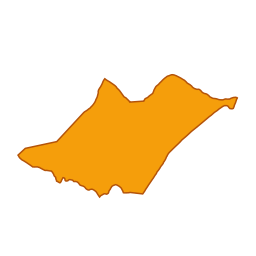 the district of Derriere Lagoon, Anse-la-Raye, Saint Lucia, rotated 122°
{"feature_id": "8701671B36493357542675", "entity_name": "Derriere Lagoon", "entity_type": "district", "adm_level": 2, "iso_a3": "LCA", "parent_name": "Saint Lucia", "parent_adm1": "Anse-la-Raye", "projection": "mercator", "projection_center": [-61.02, 13.942], "detail": "fine", "context": "isolated", "style": "filled", "palette": "amber", "viewbox_px": 256, "rotation_deg": 122, "n_neighbors": 0, "source": "geoboundaries", "source_scale": "gbopen_adm2", "svg_char_len": 4193}
<svg xmlns="http://www.w3.org/2000/svg" viewBox="0 0 256 256"><g transform="rotate(122 128 128)"><path d="M199.7,204.3L209.3,206.9L209.9,205.6L210.5,204.6L210.9,203.2L211.0,202.4L211.2,201.4L211.2,200.4L211.1,199.2L211.1,198.0L211.1,195.8L211.2,193.4L211.3,190.9L211.4,189.3L211.5,188.2L210.5,186.5L208.9,184.1L208.8,183.3L208.4,182.1L208.4,180.9L208.2,178.3L208.0,176.1L207.8,175.6L207.2,174.8L206.6,173.5L205.1,170.0L205.8,168.2L206.5,166.8L207.2,165.9L207.8,165.0L208.0,164.1L208.1,163.3L208.7,162.8L209.9,161.6L210.3,160.9L210.9,160.4L210.8,159.9L210.7,158.2L210.7,157.1L210.3,156.5L209.7,156.4L208.6,156.4L207.6,156.6L206.6,156.7L205.4,156.7L204.6,156.8L204.3,156.3L204.2,155.3L204.7,154.4L205.2,154.1L205.8,153.5L205.9,152.8L205.4,151.8L204.5,151.0L203.9,151.0L203.4,150.7L202.7,150.2L202.5,149.8L202.0,148.5L201.6,147.2L201.9,146.4L202.1,145.6L201.9,145.2L201.2,144.2L200.7,142.9L200.7,141.8L200.9,140.8L201.3,139.8L201.8,138.6L201.7,137.7L201.5,136.8L201.1,135.4L201.0,133.8L201.3,132.6L201.7,131.8L201.8,130.6L201.8,129.6L201.5,128.6L201.2,128.1L200.3,127.7L199.9,127.2L199.0,126.2L198.7,124.9L198.7,123.6L198.9,121.5L199.7,119.6L200.2,118.7L201.1,116.7L201.6,115.5L201.0,115.4L199.9,115.3L199.2,114.9L198.1,114.3L196.9,113.7L196.2,113.1L195.9,112.5L195.5,111.2L195.3,110.9L193.8,110.2L192.9,110.3L191.6,110.7L190.7,110.7L189.0,110.6L188.3,110.8L187.0,110.7L186.2,110.8L184.8,110.2L183.5,109.2L182.7,108.6L182.4,107.9L182.2,106.7L182.1,104.7L182.4,102.4L182.9,101.3L184.5,98.6L185.3,97.7L185.2,97.1L184.5,96.0L183.3,94.2L182.3,92.8L181.6,92.2L176.1,80.6L172.8,80.4L170.8,80.5L167.8,80.4L166.0,80.4L165.3,80.4L163.5,80.3L160.9,80.2L158.3,80.1L157.3,80.0L154.2,80.0L153.6,80.0L151.7,79.8L151.4,79.9L151.1,79.9L150.3,80.1L149.3,80.0L147.4,79.8L145.5,79.7L143.2,79.8L141.8,79.6L140.4,79.5L139.5,79.4L138.7,79.6L137.9,79.7L137.3,79.6L135.5,79.6L134.1,79.7L133.5,79.8L131.9,80.1L130.9,80.0L130.0,80.2L129.4,80.2L128.8,80.2L127.3,80.1L125.9,79.8L123.9,79.3L121.7,78.8L118.5,78.0L115.1,77.1L113.0,76.6L112.2,76.4L112.1,76.5L111.1,76.2L109.5,76.0L109.2,75.8L108.4,75.6L103.6,74.1L97.3,72.4L89.2,69.6L77.2,65.7L75.3,65.1L73.1,64.2L69.0,63.0L65.9,61.6L63.7,60.9L60.5,59.5L59.2,58.9L57.9,58.0L56.7,56.1L56.5,55.3L56.5,55.2L56.7,54.3L57.2,53.1L57.5,51.8L56.6,49.9L55.6,49.1L53.7,49.4L52.0,49.9L49.7,50.2L46.1,51.1L45.6,51.1L44.6,51.2L44.5,51.8L44.8,52.5L44.9,53.0L46.3,54.8L48.2,56.4L49.8,57.3L50.1,57.9L50.8,58.9L51.6,60.6L52.3,61.3L53.3,62.0L54.1,62.8L54.9,64.2L55.0,64.3L55.8,66.1L56.2,67.9L56.6,69.1L57.3,70.6L57.9,71.8L58.0,73.0L58.1,74.3L58.2,75.2L57.7,76.7L57.5,78.8L57.6,79.5L57.7,79.9L57.7,80.1L58.0,80.9L58.2,81.4L58.4,82.5L58.4,83.5L58.3,84.3L58.2,84.8L57.8,85.8L57.6,86.5L57.6,87.2L57.5,87.7L57.7,88.6L58.4,89.6L58.7,90.1L58.9,90.8L59.1,91.7L59.3,92.5L59.3,93.5L59.3,94.3L59.1,95.3L58.7,96.3L58.6,97.2L58.5,97.9L58.4,98.8L58.5,99.8L58.5,100.5L58.5,101.7L58.1,103.0L57.9,103.8L57.9,104.0L57.6,105.3L57.7,107.1L57.7,108.7L57.7,109.8L57.8,111.0L57.9,112.2L58.0,113.1L58.1,114.6L58.4,116.0L58.5,116.7L59.1,118.3L59.7,119.2L60.6,120.0L62.2,121.1L62.5,121.5L63.5,122.2L64.9,122.7L66.1,123.2L67.4,123.6L68.5,123.9L69.3,124.1L69.9,124.2L70.9,124.4L72.0,124.7L73.3,125.0L74.7,125.2L75.7,125.5L77.3,126.1L78.4,126.3L80.1,126.2L81.7,126.1L83.6,125.7L84.6,125.5L85.6,125.4L86.2,125.6L87.1,126.0L88.2,126.4L88.9,126.7L90.0,127.1L90.9,127.3L91.6,127.5L92.1,127.8L92.7,128.1L93.1,128.4L93.4,128.6L94.1,129.0L95.2,129.0L96.2,128.9L96.9,129.2L97.0,129.1L104.8,139.8L104.6,139.8L104.6,140.8L104.5,141.9L104.1,143.1L103.8,144.7L103.6,145.5L103.5,146.1L103.7,147.2L103.6,148.0L103.3,148.8L102.4,151.0L101.7,152.7L101.0,154.4L100.6,155.5L100.2,157.3L99.9,158.7L99.4,159.6L99.1,160.8L98.9,162.1L98.8,163.9L98.7,166.1L98.6,168.2L98.7,170.5L98.7,171.8L98.6,173.0L98.5,173.5L98.5,173.8L100.3,173.9L101.8,173.8L103.4,173.5L104.7,173.3L106.3,173.2L107.7,173.1L109.4,173.2L111.4,173.1L112.7,172.7L114.0,171.8L115.6,171.3L118.2,170.5L119.4,170.4L121.2,170.2L122.4,169.9L124.1,169.8L126.5,169.9L128.4,170.2L130.0,170.6L131.1,170.7L131.7,171.0L132.1,171.2L132.5,171.3L132.8,171.5L133.9,171.8L135.3,172.4L137.1,173.3L138.2,173.7L177.3,181.2L199.7,204.3Z" fill="#f59e0b" stroke="#b45309" stroke-width="1.5"/></g></svg>